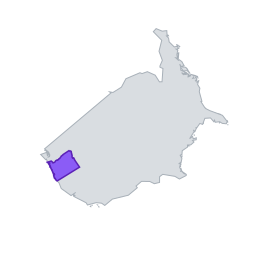 where Oregon sits in United States of America, rotated 329°
{"feature_id": "USA-3525", "entity_name": "Oregon", "entity_type": "State", "adm_level": 1, "iso_a3": "USA", "parent_name": "United States of America", "parent_adm1": "", "projection": "orthographic", "projection_center": [-121.855, 44.128], "detail": "fine", "context": "in_parent", "style": "filled", "palette": "violet", "viewbox_px": 256, "rotation_deg": 329, "n_neighbors": 0, "source": "natural_earth", "source_scale": "10m", "svg_char_len": 6427}
<svg xmlns="http://www.w3.org/2000/svg" viewBox="0 0 256 256"><g transform="rotate(329 128 128)"><path d="M194.1,78.2L202.1,70.2L199.3,58.5L203.3,57.3L207.2,62.6L211.4,64.5L209.3,68.6L209.8,69.7L208.4,69.0L209.1,71.8L207.6,75.4L209.4,82.3L212.3,83.4L213.0,82.3L212.1,81.5L212.7,81.7L213.5,82.8L211.2,86.0L209.9,85.2L210.7,87.1L207.6,90.3L206.2,94.5L205.8,93.0L205.1,92.4L206.1,96.0L207.1,95.9L208.3,98.7L208.2,103.4L205.2,102.7L205.3,99.8L204.7,102.2L206.5,104.1L208.0,104.9L208.9,106.2L209.3,113.4L208.3,109.4L204.8,107.5L204.3,103.3L203.0,105.6L206.2,110.2L203.6,109.9L203.1,110.5L202.8,108.5L202.6,108.1L202.6,109.7L203.1,110.8L206.8,110.9L206.6,112.2L204.5,111.3L203.9,111.3L206.5,112.4L207.4,112.3L207.6,113.9L206.3,113.5L208.5,114.5L208.3,114.9L207.2,114.4L205.3,115.1L208.3,115.5L209.6,114.5L213.2,118.2L210.3,115.5L211.8,117.5L209.0,118.8L211.9,119.8L212.5,118.5L212.3,121.4L209.6,122.4L211.6,122.5L210.7,124.4L212.6,124.1L210.1,126.5L210.1,130.9L207.8,133.6L205.1,143.2L204.1,142.9L204.3,149.9L204.6,151.4L207.1,155.3L215.5,165.8L216.4,173.4L214.4,175.0L211.2,172.6L209.8,169.8L205.7,168.0L206.2,165.9L204.8,166.8L203.9,161.9L198.9,159.3L193.8,163.3L191.9,161.1L186.3,163.6L186.7,162.2L186.1,163.7L183.7,165.4L183.0,163.3L183.0,165.0L175.3,168.9L179.0,168.5L178.4,170.9L181.5,171.6L180.4,173.2L176.9,171.9L177.3,174.0L173.1,174.8L170.2,173.2L169.2,175.0L162.8,175.4L160.0,179.3L160.7,178.3L158.7,178.2L158.5,181.9L155.3,185.4L156.0,184.4L153.5,184.9L154.6,185.7L152.0,188.1L151.7,192.2L150.3,192.0L151.6,192.6L152.5,196.0L154.1,197.7L153.4,198.7L145.8,198.2L143.3,193.6L133.9,185.6L130.0,186.0L127.0,190.9L121.9,189.3L119.1,185.0L112.1,180.7L105.0,181.9L105.2,184.0L93.7,185.8L78.0,180.9L68.2,182.4L66.7,178.9L62.3,175.6L53.6,173.1L53.6,170.5L46.3,158.8L46.5,157.6L47.9,159.1L47.0,156.5L50.0,156.3L44.4,156.6L39.6,145.5L40.6,139.6L39.1,132.9L40.7,128.7L41.6,116.3L44.1,116.7L41.3,116.0L42.1,112.7L41.1,112.7L39.5,105.7L45.8,107.0L44.5,110.7L46.6,108.1L46.4,111.2L44.9,111.9L46.0,112.1L47.1,110.8L47.5,107.7L45.8,102.9L131.4,89.2L130.8,87.5L133.4,89.8L143.4,89.6L151.6,84.7L166.7,86.8L168.1,88.6L173.6,89.7L178.5,96.7L178.7,104.6L181.0,105.9L188.6,95.0L186.7,92.4L187.3,91.3L192.3,87.7L194.1,78.2ZM209.3,90.7L210.6,89.2L206.4,95.1L209.5,89.5L209.3,90.7ZM46.3,105.8L47.1,107.8L47.0,108.1L45.9,106.6L46.3,105.8ZM153.8,197.1L152.3,194.4L152.0,192.7L152.5,194.4L153.8,197.1ZM209.7,68.5L210.3,69.3L209.9,69.4L209.7,68.5ZM170.5,174.1L170.9,174.7L170.1,174.4L170.5,174.1ZM57.1,176.0L58.0,175.6L57.1,176.0ZM56.0,175.7L55.6,176.3L55.3,175.8L56.0,175.7ZM212.6,85.0L212.5,85.9L212.3,85.8L212.6,85.0ZM152.3,191.0L152.0,192.5L152.7,189.4L152.3,191.0ZM212.9,162.2L214.6,164.3L212.7,162.1L212.9,162.2ZM62.2,178.2L62.7,178.9L62.2,178.3L62.2,178.2ZM216.8,173.5L216.4,174.8L217.0,172.4L216.8,173.5ZM214.1,119.6L213.9,121.0L213.3,118.4L214.1,119.6ZM45.4,104.2L45.4,104.8L45.1,104.5L45.4,104.2ZM154.8,186.3L153.6,187.3L154.8,186.1L154.8,186.3ZM214.0,84.1L214.4,84.7L213.9,84.9L214.0,84.1ZM62.3,180.3L62.7,181.2L62.2,180.4L62.3,180.3ZM153.3,188.0L152.9,188.5L153.2,187.8L153.3,188.0ZM209.2,107.5L209.2,109.2L209.0,106.9L209.2,107.5ZM159.8,180.1L159.0,180.9L160.0,179.5L159.8,180.1ZM204.7,150.5L204.9,151.6L204.6,150.9L204.7,150.5ZM212.9,124.1L212.8,124.5L213.1,123.3L212.9,124.1ZM195.7,162.0L194.9,163.0L194.5,163.1L195.7,162.0ZM183.2,165.4L183.1,165.6L182.6,165.9L183.2,165.4ZM208.9,170.5L209.3,171.2L208.7,170.4L208.9,170.5ZM181.2,168.0L181.3,168.8L180.9,167.6L181.2,168.0ZM215.4,176.6L214.9,176.9L215.5,176.3L215.4,176.6ZM208.4,99.2L208.4,100.1L208.3,98.9L208.4,99.2ZM213.6,121.6L213.4,122.0L213.6,121.6Z" fill="#d9dde1" stroke="#a8b0b8" stroke-width="1"/><path d="M39.3,132.4L39.5,131.9L39.6,131.4L39.8,130.7L39.7,130.6L39.8,130.4L40.0,130.3L40.0,130.5L40.0,130.4L40.1,130.2L40.3,130.0L40.5,130.3L40.7,130.2L40.4,129.9L40.5,129.8L40.4,129.8L40.2,130.0L40.0,130.3L40.1,130.0L40.3,129.4L40.4,129.2L40.4,128.8L40.5,128.8L40.6,128.6L40.8,128.6L40.7,128.4L40.6,128.5L40.6,128.3L40.7,127.7L40.7,127.3L40.7,127.2L40.8,127.2L40.9,126.2L40.9,125.8L40.9,125.7L41.0,125.2L41.0,124.9L41.0,124.7L41.1,124.2L41.3,124.3L41.3,124.2L41.2,124.1L41.1,123.9L41.1,123.6L41.1,123.4L41.1,123.2L41.2,122.9L41.3,122.7L41.3,122.1L41.4,121.9L41.5,121.5L41.5,121.3L41.5,121.2L41.5,120.8L41.5,120.7L41.4,120.7L41.5,120.6L41.5,120.4L41.6,120.2L41.5,119.9L41.6,119.6L41.6,119.9L41.8,120.0L41.8,119.9L41.8,119.7L41.7,119.6L41.6,119.3L41.6,119.1L41.7,118.9L41.8,118.9L41.8,119.0L41.9,118.9L41.7,118.9L41.7,119.0L41.7,118.9L41.6,118.7L41.6,118.4L41.6,118.0L41.6,117.9L41.5,117.7L41.7,117.3L41.7,117.0L41.7,116.8L41.5,116.4L41.4,116.3L41.5,116.3L41.5,116.2L41.6,116.3L41.8,116.5L42.0,116.6L42.1,116.8L42.2,116.7L42.3,116.8L42.3,116.7L42.2,116.6L42.3,116.4L42.4,116.6L42.5,116.6L42.8,116.5L42.8,116.4L43.1,116.3L43.3,116.3L43.4,116.5L43.6,116.7L43.8,116.8L44.0,116.8L44.2,116.7L44.3,116.6L44.5,116.6L44.8,116.7L44.9,116.8L45.0,116.8L45.2,117.0L45.3,117.0L45.4,117.4L45.5,117.6L45.6,117.9L45.6,118.1L45.6,118.3L45.7,118.5L45.7,118.9L45.7,119.1L45.8,119.1L45.9,119.3L46.0,119.3L46.4,119.3L46.5,119.4L46.8,119.5L47.1,119.5L47.4,119.6L47.5,119.6L47.8,119.5L48.4,119.2L48.5,119.2L48.9,118.9L49.0,118.9L49.7,118.8L50.8,118.9L50.9,119.0L51.0,119.0L51.1,119.3L51.6,119.2L51.8,119.2L52.0,119.2L52.4,119.0L52.7,119.0L52.8,118.9L53.0,118.8L53.5,118.9L53.8,118.9L54.1,118.7L54.3,118.7L54.5,118.6L54.8,118.4L55.3,118.2L56.2,118.0L56.4,117.9L56.5,117.8L56.5,117.7L56.9,117.7L57.3,117.6L58.2,117.6L58.3,117.5L58.5,117.3L65.7,117.0L65.8,117.4L66.0,117.6L66.1,117.8L66.4,117.8L66.5,117.9L66.7,118.0L66.8,118.0L67.0,118.2L67.1,118.4L67.2,118.6L67.2,118.8L67.2,119.0L67.0,119.3L67.0,119.5L66.8,119.7L66.8,119.9L66.7,120.0L66.6,120.4L66.6,120.6L66.5,120.9L66.5,121.1L66.1,121.7L66.1,121.8L66.2,122.0L66.1,122.3L66.1,122.5L65.9,122.8L65.8,123.0L65.6,123.1L65.5,123.3L65.4,123.5L65.3,123.8L65.3,124.0L65.2,124.2L65.1,124.3L65.0,124.5L65.0,124.8L65.0,125.0L65.0,125.3L65.3,125.5L65.4,125.4L65.5,125.4L65.5,125.5L65.8,125.4L65.9,125.5L66.1,125.8L66.1,126.0L65.9,126.3L66.0,126.5L66.0,126.8L66.0,127.0L66.0,127.3L65.9,127.4L65.9,127.5L65.8,127.8L66.3,136.6L40.2,136.9L40.0,136.7L39.9,136.7L39.7,136.4L39.7,136.2L39.6,135.8L39.5,135.7L39.5,135.3L39.5,135.2L39.5,134.9L39.4,134.8L39.5,134.7L39.6,134.4L39.6,134.2L39.6,133.9L39.6,133.7L39.4,133.6L39.4,133.3L39.2,133.2L39.1,132.9L39.3,132.4ZM43.3,116.2L43.4,116.3L43.3,116.2L43.3,116.2Z" fill="#8b5cf6" stroke="#5b21b6" stroke-width="1.5"/></g></svg>